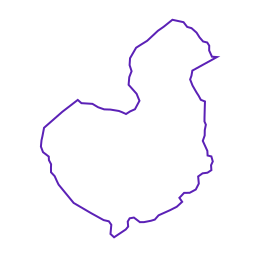 Triunfo, Pernambuco, Brazil (Mercator projection), rotated 2°
{"feature_id": "56859067B74717600950827", "entity_name": "Triunfo", "entity_type": "district", "adm_level": 2, "iso_a3": "BRA", "parent_name": "Brazil", "parent_adm1": "Pernambuco", "projection": "mercator", "projection_center": [-38.058, -7.842], "detail": "fine", "context": "isolated", "style": "outline", "palette": "violet", "viewbox_px": 256, "rotation_deg": 2, "n_neighbors": 0, "source": "geoboundaries", "source_scale": "gbopen_adm2", "svg_char_len": 1311}
<svg xmlns="http://www.w3.org/2000/svg" viewBox="0 0 256 256"><g transform="rotate(2 128 128)"><path d="M133.3,47.5L127.6,58.2L127.4,65.1L129.6,71.1L127.5,77.1L127.1,84.8L135.4,93.5L138.5,100.4L134.3,109.0L129.6,111.3L125.5,114.1L121.5,112.4L118.3,111.3L109.8,110.2L103.5,110.2L97.4,108.3L91.6,105.1L80.6,104.8L76.8,101.7L61.8,114.1L44.1,130.7L42.7,139.6L42.0,143.2L41.6,149.6L43.9,155.1L49.8,159.3L50.1,162.9L52.4,166.9L52.4,170.3L52.6,174.9L56.4,178.7L58.8,183.6L60.6,187.0L76.3,204.8L94.1,214.4L106.9,220.9L112.1,221.9L114.7,225.3L114.2,234.5L117.9,237.7L129.3,229.5L131.6,226.5L131.0,221.5L132.8,218.2L137.0,217.3L143.2,221.7L147.3,221.5L154.2,219.9L158.0,218.6L161.6,214.2L172.8,208.7L179.5,205.0L184.7,199.9L181.8,196.0L186.3,190.9L191.9,190.6L197.9,187.1L200.7,181.1L199.8,174.0L204.1,170.7L209.0,169.9L212.8,167.2L212.3,162.3L213.9,158.5L212.3,153.5L208.5,152.7L208.1,148.1L203.2,138.3L204.9,132.8L204.8,127.4L205.7,122.0L204.2,118.8L204.1,114.9L204.0,104.6L204.0,98.8L199.8,97.3L197.4,93.2L195.3,90.2L193.6,87.5L191.0,83.3L188.4,77.3L189.6,73.5L190.3,68.4L214.4,54.0L209.4,53.8L206.4,47.7L206.3,42.9L204.2,39.8L200.0,38.9L196.4,35.0L193.2,30.3L188.0,26.0L183.6,24.9L179.8,20.3L168.6,18.3L160.1,25.6L154.5,29.8L144.1,40.2L138.7,43.8L133.3,47.5Z" fill="none" stroke="#5b21b6" stroke-width="2"/></g></svg>